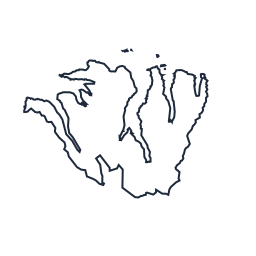 the district of Fjarðabyggð, Austurland, Iceland, rotated 249°
{"feature_id": "244011B48850905136863", "entity_name": "Fjarðabyggð", "entity_type": "district", "adm_level": 2, "iso_a3": "ISL", "parent_name": "Iceland", "parent_adm1": "Austurland", "projection": "mercator", "projection_center": [-13.826, 65.041], "detail": "fine", "context": "isolated", "style": "outline", "palette": "slate", "viewbox_px": 256, "rotation_deg": 249, "n_neighbors": 0, "source": "geoboundaries", "source_scale": "gbopen_adm2", "svg_char_len": 5945}
<svg xmlns="http://www.w3.org/2000/svg" viewBox="0 0 256 256"><g transform="rotate(249 128 128)"><path d="M97.5,72.3L93.0,77.2L90.6,79.2L86.1,81.4L83.6,84.5L84.8,85.7L86.2,84.4L92.4,86.9L95.1,86.8L103.7,88.9L111.0,87.3L112.5,92.1L97.4,96.6L94.6,95.6L94.2,103.3L96.8,106.1L91.1,108.2L74.3,101.4L60.9,109.8L59.4,113.0L59.9,115.3L59.5,117.1L59.7,118.6L59.2,120.6L60.7,121.3L61.0,122.4L56.8,127.8L57.9,131.1L60.3,132.1L54.5,136.4L53.0,139.9L51.2,141.7L55.8,144.6L57.6,146.9L60.1,153.5L60.5,157.3L62.7,157.1L68.4,160.3L72.5,158.0L74.0,158.2L75.8,160.7L76.7,163.8L78.4,165.5L78.3,166.7L79.6,168.7L82.3,169.2L83.9,171.0L87.3,173.3L88.4,174.7L89.0,177.3L91.0,180.0L99.4,180.4L101.3,182.1L103.9,187.0L106.7,189.3L107.2,190.8L108.8,193.3L111.2,193.8L112.0,198.8L115.3,199.7L115.7,201.9L116.6,203.3L117.9,204.6L120.1,204.9L121.1,207.1L123.0,207.7L124.6,210.3L128.3,211.7L129.1,213.6L131.4,214.2L134.1,213.9L135.5,215.9L138.5,215.7L139.2,217.1L141.0,216.7L142.4,217.5L143.7,219.2L147.1,217.0L147.2,217.6L147.7,217.1L148.1,218.1L149.4,217.9L150.1,218.6L151.2,218.1L152.1,216.3L152.1,215.3L149.3,214.4L148.0,215.0L141.5,210.1L132.9,206.0L132.8,205.1L133.5,203.3L136.3,203.4L143.0,204.8L144.8,205.6L144.7,206.0L145.0,206.0L144.6,206.1L145.3,206.6L148.6,206.8L148.9,207.6L150.0,207.8L150.5,209.1L151.8,208.2L152.7,209.0L154.8,207.2L157.1,203.1L159.2,202.9L159.5,201.9L161.4,200.4L163.1,198.3L164.5,193.9L162.8,192.0L162.3,190.2L161.4,190.9L159.9,190.5L159.9,189.7L158.7,189.9L157.4,189.0L156.7,187.7L154.5,187.3L153.4,186.3L153.2,185.0L150.2,183.6L150.1,182.9L149.1,181.9L137.7,179.7L136.7,180.2L126.6,177.5L121.5,175.0L118.8,172.0L119.1,171.6L117.9,171.1L119.8,170.5L119.0,170.0L119.6,169.5L119.1,168.5L119.3,168.4L131.4,174.6L138.8,175.2L141.9,174.2L143.7,174.8L147.2,173.0L152.9,176.6L155.0,176.2L155.9,177.2L158.9,177.7L159.2,178.6L161.7,177.2L163.0,178.1L164.9,178.0L165.0,179.2L165.5,178.1L168.4,177.3L171.3,178.3L172.7,177.2L175.1,177.2L175.5,176.3L175.0,175.3L175.5,172.8L175.0,169.4L174.6,169.0L175.4,168.4L175.5,167.7L175.3,167.0L175.9,166.2L175.1,166.8L174.7,168.5L174.0,169.3L170.8,169.4L168.9,167.8L167.8,168.4L163.9,167.9L160.1,166.0L159.3,165.3L158.9,163.9L158.2,164.0L156.4,161.9L156.1,160.0L152.9,158.6L151.3,157.0L150.7,157.5L149.2,155.1L148.4,156.0L147.6,154.9L145.4,154.2L144.7,152.3L145.5,150.7L144.1,149.3L143.6,147.4L142.7,147.0L142.3,145.6L139.2,144.0L138.6,142.1L137.0,141.7L135.5,142.4L134.1,141.7L129.5,142.9L126.7,140.6L125.3,140.8L122.9,139.7L122.2,140.6L116.4,137.8L104.8,139.9L102.6,139.3L97.8,139.9L94.2,137.9L92.0,138.3L88.5,137.0L88.8,135.5L89.2,135.4L89.4,133.5L89.9,133.4L89.3,133.4L89.4,132.6L88.7,132.3L91.7,133.5L95.0,132.9L102.4,135.3L105.7,134.1L108.9,134.4L111.4,133.1L113.8,130.8L117.3,130.9L121.1,129.1L121.7,129.5L121.5,130.3L122.3,129.9L121.9,129.4L122.2,128.8L124.4,130.1L127.6,129.2L126.7,127.1L126.0,127.2L124.2,125.8L122.6,121.8L119.6,117.9L119.8,117.1L119.2,117.0L119.7,116.0L120.2,116.3L119.9,117.0L120.8,116.2L120.5,116.8L121.0,117.4L121.9,116.6L122.9,117.0L122.6,117.1L127.1,121.9L126.8,122.7L127.6,122.7L131.9,125.8L140.2,127.9L145.8,131.8L147.5,132.1L150.0,135.7L152.4,136.7L153.6,138.8L154.9,139.4L155.4,141.1L155.2,142.3L156.6,143.7L156.9,145.2L157.6,145.6L158.0,147.6L159.2,149.3L162.0,150.1L164.0,149.1L170.1,149.8L173.6,149.0L179.0,150.1L184.9,146.8L186.2,146.9L188.0,144.9L188.5,142.2L188.1,139.5L185.3,136.5L187.1,132.1L188.3,131.1L189.7,131.5L196.5,128.7L199.4,124.6L200.1,124.4L200.0,123.4L200.9,121.9L202.7,121.2L203.2,119.2L203.7,118.9L204.8,116.4L204.6,115.3L203.7,114.3L203.7,113.5L201.3,112.9L199.6,113.6L198.0,111.7L197.2,109.6L197.4,108.4L198.5,107.2L200.1,103.5L199.6,102.8L200.1,101.5L200.2,100.0L199.7,99.3L200.2,96.6L199.5,94.6L199.7,93.1L199.5,92.1L201.6,87.9L201.1,86.7L201.4,85.5L201.0,84.4L202.0,83.2L201.7,83.0L199.6,84.3L199.6,86.0L197.9,87.4L198.1,88.2L197.2,89.6L195.7,90.4L194.4,92.0L193.7,91.7L193.3,94.1L192.5,94.9L192.8,96.3L191.0,99.5L190.2,102.3L188.9,104.2L189.0,104.8L188.6,104.8L188.5,106.4L187.6,106.9L186.1,109.7L182.8,113.1L181.5,112.2L184.4,104.4L184.3,102.9L177.0,105.3L173.3,105.7L172.7,104.5L172.7,105.9L171.7,105.4L172.4,104.2L175.8,103.2L175.8,102.1L179.6,99.7L180.6,98.3L180.6,96.3L178.1,96.6L173.7,95.3L169.4,95.9L168.5,95.5L167.9,95.8L168.6,96.0L168.4,96.5L165.7,97.7L166.0,97.2L165.4,97.6L164.8,97.5L165.5,97.3L165.5,96.7L165.1,97.2L165.0,96.5L164.5,96.6L167.8,95.7L167.0,94.6L163.7,96.5L163.6,95.7L165.6,94.5L166.3,95.0L167.2,94.4L167.3,94.3L167.1,93.6L167.2,94.4L166.4,94.7L166.7,94.4L166.4,93.4L167.7,93.3L167.3,92.7L167.5,91.9L169.5,90.4L173.0,90.0L176.1,90.6L179.8,89.4L182.1,86.6L184.2,81.4L184.7,79.7L184.5,78.4L184.8,76.5L184.4,74.4L180.4,72.3L177.5,74.3L176.5,74.1L175.2,74.9L169.5,74.4L167.6,75.4L158.5,76.0L151.0,72.6L144.4,71.3L139.3,73.1L124.7,75.6L123.0,74.2L125.9,72.9L136.1,71.3L144.4,68.1L159.5,69.8L165.3,68.7L168.1,67.4L174.4,66.7L180.5,64.0L182.6,62.1L183.0,61.3L182.9,59.5L185.3,57.6L185.7,56.3L187.5,54.3L187.3,53.8L187.8,52.7L187.7,51.5L188.5,49.9L189.4,49.6L190.2,48.5L190.2,47.6L190.7,47.6L192.5,45.0L192.2,44.0L190.5,43.4L189.3,41.7L185.3,40.5L185.1,39.5L185.3,39.1L184.8,38.7L183.6,39.4L182.3,37.9L180.3,36.8L179.6,37.9L179.3,40.5L180.0,41.5L180.9,44.6L176.2,47.0L174.9,49.0L174.7,51.2L170.6,51.9L169.9,53.5L168.6,54.4L163.2,54.6L161.9,56.0L161.2,58.7L154.1,60.2L151.0,58.5L149.7,58.6L143.4,60.4L137.2,63.6L133.5,63.1L131.0,60.8L126.9,63.1L122.6,62.5L109.7,66.4L105.9,69.4L104.0,73.0L97.5,72.3ZM174.6,181.4L173.8,180.9L173.5,182.2L173.1,184.4L173.5,184.3L173.4,185.0L173.8,184.8L174.6,181.4ZM201.5,152.6L201.2,152.4L201.3,151.7L200.4,152.5L200.6,153.3L200.3,154.1L201.5,154.6L201.3,153.0L201.5,152.6ZM185.7,181.1L184.0,180.8L183.7,181.1L184.1,182.3L185.1,182.3L185.7,181.1ZM169.7,184.5L170.3,182.7L169.7,183.6L169.7,184.5ZM199.5,159.1L200.0,159.0L200.2,158.2L199.5,159.1ZM201.0,151.0L201.5,151.0L201.6,150.8L201.0,151.0ZM200.4,156.0L200.2,155.2L199.9,155.4L200.4,156.0Z" fill="none" stroke="#1e293b" stroke-width="2"/></g></svg>